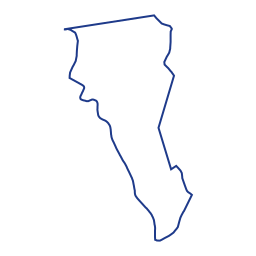 outline of Gentil, Laborie, Saint Lucia
{"feature_id": "8701671B78073152626196", "entity_name": "Gentil", "entity_type": "district", "adm_level": 2, "iso_a3": "LCA", "parent_name": "Saint Lucia", "parent_adm1": "Laborie", "projection": "natural_earth1", "projection_center": [-60.989, 13.767], "detail": "fine", "context": "isolated", "style": "outline", "palette": "blue", "viewbox_px": 256, "rotation_deg": 0, "n_neighbors": 0, "source": "geoboundaries", "source_scale": "gbopen_adm2", "svg_char_len": 2922}
<svg xmlns="http://www.w3.org/2000/svg" viewBox="0 0 256 256"><path d="M154.1,15.4L64.1,29.3L64.7,29.5L65.9,29.4L67.7,28.9L69.1,29.4L70.5,29.8L72.7,31.2L75.1,32.6L75.9,34.3L76.6,36.4L77.2,38.6L77.6,40.0L77.9,40.8L77.3,45.7L76.9,50.5L76.7,54.6L76.7,55.9L76.1,58.9L75.7,61.0L74.7,63.0L73.6,65.2L72.7,66.7L71.2,70.0L70.1,72.5L69.7,75.6L69.6,78.0L82.6,85.2L83.6,86.1L83.9,86.4L84.1,87.1L84.2,87.9L83.9,88.9L83.4,89.9L83.1,90.8L82.8,91.4L82.2,92.5L81.8,93.4L81.3,94.6L80.9,95.3L80.6,95.9L80.3,96.8L80.2,97.5L80.3,98.2L80.7,99.2L81.1,99.4L81.9,99.8L82.7,100.1L83.7,100.4L84.8,100.6L85.5,100.8L86.3,101.1L87.1,101.1L88.1,101.2L88.9,100.9L89.9,100.4L91.0,100.0L91.8,99.6L92.9,99.5L94.0,99.8L94.5,100.0L95.2,100.3L96.1,100.7L96.7,101.3L97.1,102.0L97.5,103.2L97.6,104.0L97.6,105.2L97.5,106.7L97.5,107.2L97.5,108.3L97.4,109.4L97.5,110.5L97.6,111.3L97.9,113.2L98.0,113.9L98.1,114.6L98.4,115.7L98.7,116.2L99.2,117.0L100.3,118.2L101.2,118.7L102.4,119.4L103.1,119.7L105.0,120.5L106.3,121.3L107.1,122.0L107.9,122.8L108.5,123.5L108.8,124.1L109.3,124.8L109.7,125.4L110.0,126.2L110.2,126.8L110.4,127.7L110.5,128.4L110.7,129.5L110.8,130.9L110.9,131.9L111.0,133.4L111.1,134.7L111.3,135.4L111.4,136.4L111.6,137.4L112.0,138.7L112.7,140.5L113.7,142.4L114.6,144.4L115.7,146.8L116.2,148.0L116.9,149.4L117.6,150.7L118.2,151.8L118.9,153.1L119.6,154.4L119.9,155.1L120.6,156.2L121.0,157.0L121.3,157.5L121.8,158.5L122.8,160.4L123.6,161.6L124.2,162.4L124.7,163.2L125.4,164.4L125.8,165.2L126.6,166.7L127.1,168.0L127.5,168.8L128.4,170.7L128.8,171.4L129.3,172.5L130.3,174.6L131.4,177.0L131.8,177.7L132.2,178.9L132.5,179.7L132.8,180.4L133.0,181.2L133.2,182.2L133.4,183.3L133.6,184.4L133.8,185.3L134.0,186.4L134.2,187.7L134.4,188.8L134.8,190.7L134.8,192.1L134.9,193.4L135.2,194.9L135.8,196.2L136.4,197.0L137.4,198.4L139.9,201.2L143.8,205.5L144.8,206.6L145.6,207.5L146.8,208.5L147.6,209.6L148.2,210.2L149.2,211.5L149.8,212.3L150.6,213.2L151.0,213.9L151.6,214.7L152.0,215.7L152.8,217.2L153.1,217.9L153.5,219.0L153.9,220.0L154.2,221.9L154.4,223.2L154.5,224.3L154.7,225.0L154.9,226.0L155.1,227.8L155.1,229.0L155.0,230.3L155.0,231.9L155.0,234.7L155.0,236.9L155.1,238.6L155.2,239.8L156.1,240.1L156.9,240.5L157.5,240.5L158.7,240.6L160.0,240.6L161.8,239.7L164.8,238.0L168.9,235.9L171.2,234.3L173.5,232.6L175.2,230.4L176.5,228.9L177.8,227.1L178.3,225.3L179.3,221.5L180.4,217.7L181.6,215.1L182.8,212.9L183.2,212.1L184.0,211.0L191.9,194.9L190.4,193.6L188.1,192.1L187.0,190.9L186.3,189.4L184.8,185.3L183.4,181.3L182.3,178.2L182.2,176.6L181.8,173.1L180.5,170.6L178.2,168.0L176.2,165.9L171.1,169.3L158.5,127.8L174.0,75.7L173.1,74.3L172.2,73.1L171.5,72.0L170.7,71.2L168.2,68.1L167.0,67.0L164.6,64.6L164.3,62.0L165.4,59.7L166.8,56.7L167.8,55.1L169.2,52.7L170.0,49.5L170.2,48.6L170.2,47.8L170.6,42.0L170.6,37.2L170.6,34.7L170.7,31.5L171.8,29.0L171.7,28.5L169.8,26.0L167.1,25.3L164.1,24.4L161.7,23.5L156.5,18.3L154.1,15.4Z" fill="none" stroke="#1e3a8a" stroke-width="2"/></svg>